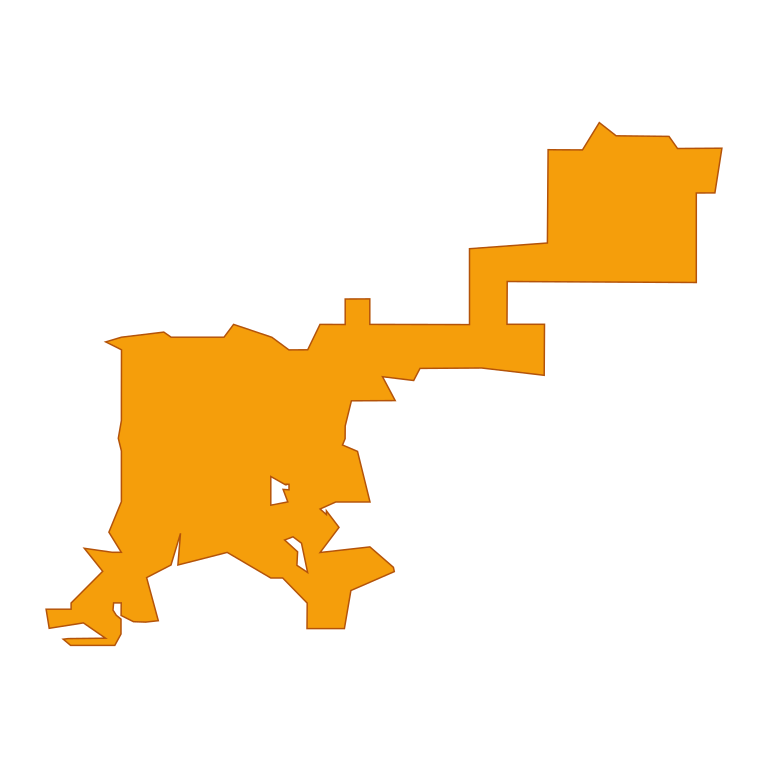 outline of Denver, Colorado, United States of America
{"feature_id": "52423323B36183009250393", "entity_name": "Denver", "entity_type": "district", "adm_level": 2, "iso_a3": "USA", "parent_name": "United States of America", "parent_adm1": "Colorado", "projection": "equal_earth", "projection_center": [-104.927, 39.764], "detail": "fine", "context": "isolated", "style": "filled", "palette": "amber", "viewbox_px": 768, "rotation_deg": 0, "n_neighbors": 0, "source": "geoboundaries", "source_scale": "gbopen_adm2", "svg_char_len": 1564}
<svg xmlns="http://www.w3.org/2000/svg" viewBox="0 0 768 768"><path d="M121.4,337.2L105.7,341.9L121.5,349.8L121.4,398.9L121.4,420.5L118.3,438.3L121.4,451.0L121.4,489.1L121.4,501.7L108.9,532.2L121.3,552.3L112.2,552.3L84.3,548.3L102.7,571.3L71.1,603.0L71.1,609.2L70.4,609.2L46.1,609.2L49.2,628.3L83.4,622.9L105.5,638.2L68.2,638.6L63.2,639.2L70.6,645.4L114.8,645.4L121.0,634.0L121.0,619.1L116.3,615.3L113.0,610.1L113.6,602.9L121.2,602.9L121.1,615.5L133.5,621.7L145.7,622.1L158.3,620.7L146.6,577.6L171.0,565.0L180.5,533.3L177.9,565.0L227.2,552.4L270.8,578.0L282.7,578.0L307.2,603.1L307.0,628.6L344.4,628.6L350.9,590.5L394.3,571.6L393.4,567.3L369.9,546.9L320.1,552.5L339.0,527.4L326.4,510.8L326.4,511.1L327.3,512.3L326.4,512.3L326.4,514.6L320.1,509.0L335.7,502.0L370.0,502.0L357.5,451.4L342.5,445.0L345.1,438.7L345.2,426.0L351.4,400.8L395.2,400.6L382.5,376.7L413.7,380.5L420.0,368.4L481.7,368.0L544.2,375.3L544.5,324.3L507.0,324.3L507.2,281.5L696.3,282.5L696.3,193.0L714.9,192.9L721.9,148.2L677.5,148.5L669.0,136.4L616.1,135.8L599.3,122.6L582.5,149.9L558.0,149.8L548.1,149.7L547.4,243.0L469.5,248.7L469.5,324.6L369.8,324.4L369.8,298.9L345.2,299.0L345.2,324.5L320.0,324.4L307.7,349.8L288.9,349.9L271.9,337.3L233.6,324.4L224.0,337.2L171.1,337.2L163.8,332.1L121.4,337.2ZM270.8,505.2L270.8,476.5L285.5,484.8L286.1,484.8L286.1,484.2L287.2,484.2L287.2,484.4L289.0,484.3L289.0,484.6L289.0,489.8L283.1,489.4L287.8,501.9L270.8,505.2ZM284.6,540.0L293.0,536.8L301.5,543.2L307.6,572.5L296.9,565.3L297.6,551.8L284.6,540.0Z" fill="#f59e0b" stroke="#b45309" stroke-width="1.5"/></svg>